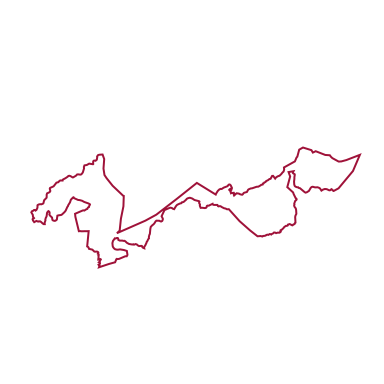 outline of San Mateo Yucutindoo, Oaxaca, Mexico, rotated 27°
{"feature_id": "50627088B64335355179206", "entity_name": "San Mateo Yucutindoo", "entity_type": "district", "adm_level": 2, "iso_a3": "MEX", "parent_name": "Mexico", "parent_adm1": "Oaxaca", "projection": "robinson", "projection_center": [-97.391, 16.792], "detail": "fine", "context": "isolated", "style": "outline", "palette": "rose", "viewbox_px": 384, "rotation_deg": 27, "n_neighbors": 0, "source": "geoboundaries", "source_scale": "gbopen_adm2", "svg_char_len": 6027}
<svg xmlns="http://www.w3.org/2000/svg" viewBox="0 0 384 384"><g transform="rotate(27 192 192)"><path d="M95.3,199.2L92.6,200.8L91.6,201.7L91.3,203.4L91.7,203.9L92.5,206.4L91.9,207.9L91.6,207.9L90.5,208.5L90.2,208.8L90.1,209.1L90.2,210.0L91.3,212.0L91.2,212.2L87.5,213.4L86.0,215.7L84.1,217.1L84.3,218.8L85.1,220.0L85.8,223.9L85.7,225.3L85.3,226.6L84.5,227.3L82.9,227.8L81.7,228.5L81.2,230.2L79.4,233.0L79.0,233.2L76.5,233.0L75.4,233.2L74.6,233.8L74.2,235.0L72.9,237.3L71.4,239.4L71.3,239.8L71.5,240.5L69.3,241.6L68.5,243.3L68.5,243.9L67.0,245.2L66.1,249.8L63.7,252.8L63.8,253.7L65.3,255.4L65.2,256.8L63.5,259.0L63.7,260.3L64.9,262.7L65.0,263.3L64.0,266.5L64.7,269.4L64.5,270.1L63.3,271.4L62.2,271.8L61.1,272.7L60.4,273.7L60.4,274.1L61.2,275.6L61.5,276.8L61.5,278.7L61.0,279.6L60.2,279.3L59.4,279.8L59.0,280.8L58.1,281.9L58.1,283.1L60.5,284.6L61.6,286.3L63.1,287.0L63.0,287.3L62.4,287.7L62.3,288.6L63.3,289.6L65.1,290.5L66.5,288.4L68.0,288.3L68.5,287.9L69.0,287.9L69.4,287.4L70.0,287.1L71.1,287.2L73.1,287.8L74.4,288.0L75.4,287.5L74.7,286.5L74.3,283.8L73.9,283.3L73.5,281.7L73.5,279.8L72.9,278.0L72.4,276.7L72.3,275.9L72.5,274.7L72.8,274.2L73.8,274.4L74.7,275.3L75.1,276.8L76.2,277.5L78.9,278.3L79.8,279.6L80.6,280.4L81.6,280.4L82.9,280.0L83.3,279.6L83.8,278.8L84.1,277.9L82.8,274.2L83.5,273.5L85.8,271.9L86.3,271.2L87.5,267.9L87.9,266.0L87.7,261.9L87.9,260.8L87.7,260.1L88.0,256.6L87.6,254.1L87.9,252.6L88.3,251.9L88.3,251.2L88.9,250.5L89.9,251.0L94.1,250.8L95.6,250.2L98.1,249.7L100.5,249.8L105.0,249.2L106.6,249.3L106.8,249.5L106.8,251.8L107.0,252.2L106.4,253.0L106.3,253.9L106.4,254.6L105.7,255.3L104.5,257.4L103.7,257.6L103.0,258.1L97.7,264.5L99.4,267.1L109.0,278.3L110.1,277.6L111.1,277.3L117.7,273.8L123.3,288.1L124.2,288.1L125.0,288.4L126.0,289.4L129.4,288.6L132.0,289.4L132.7,289.2L134.4,288.2L135.7,288.2L136.0,288.4L136.1,289.7L136.7,289.7L137.5,290.4L137.6,290.8L137.4,291.1L138.3,292.3L139.0,294.5L139.2,294.8L140.4,293.5L141.0,293.3L141.4,293.5L141.4,293.9L140.9,294.5L141.4,295.6L141.0,296.8L141.9,296.7L142.4,297.3L142.5,298.0L141.7,299.2L142.3,299.6L143.1,299.7L143.3,301.3L150.6,293.9L155.4,289.5L155.1,286.3L155.4,285.7L155.9,285.7L157.4,284.7L161.7,279.6L163.0,278.9L163.1,277.8L162.9,277.1L160.7,274.1L157.7,274.6L153.9,275.8L152.2,277.0L150.9,277.6L149.3,277.9L148.0,277.6L146.5,276.8L145.9,276.2L144.3,273.7L143.8,271.5L144.3,268.3L145.0,268.2L145.9,267.1L146.7,266.7L147.4,267.1L148.1,268.1L149.7,268.1L152.1,266.9L153.1,266.7L154.1,266.1L155.4,266.3L156.9,266.8L159.5,266.9L162.7,265.9L163.4,265.2L164.2,265.3L165.4,264.0L166.7,263.8L168.1,264.2L169.4,264.2L171.3,263.0L172.0,262.9L172.7,263.6L173.6,263.9L175.0,263.8L174.3,262.8L174.6,260.9L174.5,257.9L174.3,257.0L174.5,255.9L174.4,254.1L174.7,252.8L174.0,251.7L173.5,249.7L173.5,248.5L171.6,243.7L171.1,241.8L171.6,240.0L172.4,238.2L172.7,237.1L172.9,234.8L173.3,233.7L176.1,232.4L177.0,232.5L177.9,232.3L178.6,231.3L178.5,229.8L178.1,229.0L175.9,227.4L175.7,220.6L179.6,215.9L181.2,215.4L182.7,215.6L183.9,215.4L184.1,212.1L184.4,210.7L184.7,210.0L186.5,207.7L187.6,206.8L187.6,205.9L189.0,204.7L190.3,201.4L190.4,200.5L191.1,199.5L192.4,198.3L193.1,198.0L195.2,197.7L197.9,198.0L202.4,197.0L202.9,197.1L203.2,198.3L203.6,198.8L204.7,199.4L205.2,200.7L206.9,202.2L208.5,201.3L210.8,200.5L211.7,199.7L211.9,199.0L211.6,198.0L211.7,197.5L212.0,197.1L213.1,196.6L215.7,193.2L216.1,193.7L217.3,193.6L220.5,192.0L221.6,192.8L222.1,192.8L223.3,191.9L224.0,191.7L225.2,191.9L228.0,191.9L229.4,191.5L231.1,191.5L232.6,190.6L247.7,196.4L261.3,199.9L270.5,201.7L273.1,200.1L274.9,199.7L275.3,199.1L275.3,198.9L276.9,197.9L277.5,197.0L277.7,196.9L277.8,196.5L278.5,195.8L279.6,195.5L280.2,194.3L281.1,193.9L281.9,193.9L282.0,193.4L283.1,192.0L283.5,190.8L284.7,190.4L285.6,190.5L286.7,189.4L288.3,188.6L288.4,188.0L288.9,187.8L289.1,187.0L288.9,186.8L288.8,186.4L288.3,186.0L288.7,185.2L289.1,184.9L289.9,182.6L290.1,181.3L291.1,179.5L291.9,179.1L292.5,178.3L292.3,177.5L293.6,176.2L296.5,176.2L296.8,175.9L297.1,174.8L297.5,174.6L298.0,173.6L297.8,172.9L298.1,172.3L295.3,167.5L294.9,166.0L294.9,164.1L292.9,160.7L291.9,159.5L290.2,158.7L289.6,158.2L289.0,157.4L289.0,156.7L288.4,156.0L288.0,153.2L288.6,151.7L288.5,150.9L287.9,150.5L287.4,150.6L283.4,147.6L282.3,146.5L274.7,144.4L272.4,133.6L269.0,130.4L273.0,127.4L273.0,128.5L273.2,129.2L273.6,129.4L275.5,129.6L275.8,130.1L276.5,132.3L277.3,133.9L278.2,136.4L279.7,138.9L280.7,139.9L281.5,140.2L282.4,140.2L283.8,140.0L284.4,139.6L285.3,139.9L286.5,139.6L292.5,141.0L293.5,141.0L294.5,140.0L295.7,137.9L295.9,134.4L296.3,133.3L297.2,132.5L299.6,132.0L301.7,130.8L303.1,130.6L304.4,130.7L306.7,132.0L307.7,130.3L309.0,129.0L310.8,128.3L313.5,128.2L314.3,127.7L314.7,126.6L315.1,126.1L315.8,126.5L316.7,126.5L317.5,126.9L317.8,126.7L320.9,122.2L325.9,100.2L324.7,82.7L315.0,93.5L311.0,97.1L308.8,98.3L301.7,98.1L299.7,97.5L298.1,96.7L293.9,98.5L283.7,99.5L281.8,102.0L279.4,100.5L270.7,102.0L268.3,105.6L269.8,112.7L269.5,113.8L269.8,118.0L262.8,128.4L263.9,130.1L264.3,132.2L263.8,133.5L263.4,135.5L262.6,137.8L261.7,138.6L260.9,139.7L260.2,141.1L260.0,142.3L256.9,140.8L256.1,141.3L256.0,144.6L255.1,145.3L254.4,146.9L253.1,148.6L253.1,149.2L252.7,150.1L252.1,150.7L251.9,151.8L251.4,152.2L251.6,153.2L250.4,154.2L250.2,154.8L248.7,157.1L247.2,158.0L243.9,161.4L242.7,162.2L241.2,164.0L241.0,164.6L240.9,167.1L238.9,168.9L238.5,169.5L238.3,171.0L237.9,171.7L235.9,172.2L235.1,172.1L234.0,172.3L232.3,172.9L231.1,176.0L230.5,175.5L230.3,174.9L230.3,174.2L229.6,173.7L228.0,174.9L227.3,174.6L227.1,175.2L225.6,173.7L224.2,173.2L224.3,172.5L224.8,171.7L225.1,171.6L225.7,172.3L226.1,172.2L225.8,170.3L223.5,168.5L222.5,168.2L221.7,168.4L221.2,169.4L221.0,170.7L218.2,173.8L217.3,175.5L216.8,176.0L216.1,176.2L215.2,177.3L214.5,179.3L214.2,182.5L214.3,183.5L192.2,181.7L181.4,205.4L170.5,228.4L163.4,238.8L143.8,262.8L145.1,259.3L140.8,248.1L137.4,235.9L133.0,226.5L132.4,226.6L118.5,222.5L109.7,218.5L106.3,216.6L102.5,211.3L98.8,202.5L95.3,199.2Z" fill="none" stroke="#9f1239" stroke-width="2"/></g></svg>